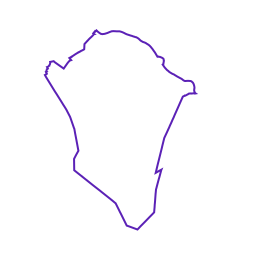 outline of Peel en Maas, Limburg, Netherlands, rotated 260°
{"feature_id": "6326949B67836908957420", "entity_name": "Peel en Maas", "entity_type": "district", "adm_level": 2, "iso_a3": "NLD", "parent_name": "Netherlands", "parent_adm1": "Limburg", "projection": "orthographic", "projection_center": [6.017, 51.331], "detail": "fine", "context": "isolated", "style": "outline", "palette": "violet", "viewbox_px": 256, "rotation_deg": 260, "n_neighbors": 0, "source": "geoboundaries", "source_scale": "gbopen_adm2", "svg_char_len": 4973}
<svg xmlns="http://www.w3.org/2000/svg" viewBox="0 0 256 256"><g transform="rotate(260 128 128)"><path d="M32.1,109.8L31.0,111.8L26.4,119.7L27.0,120.5L27.2,120.8L29.3,123.6L30.4,125.2L30.5,125.3L30.6,125.5L30.9,125.9L33.1,129.0L35.2,131.9L36.0,133.0L36.3,133.4L38.7,136.8L40.4,139.1L41.3,139.3L41.5,139.4L43.1,139.8L45.3,140.4L48.2,141.1L49.2,141.4L50.7,141.8L56.6,143.3L57.5,143.5L58.1,143.7L58.3,143.7L58.5,143.8L59.0,143.9L59.6,144.1L62.6,144.9L64.0,145.6L64.4,145.8L64.7,145.9L67.3,147.1L68.4,147.6L73.3,149.9L73.4,150.0L74.0,150.3L76.8,151.6L80.7,153.4L81.2,153.7L80.4,151.3L79.2,148.1L79.0,147.5L87.3,151.1L90.2,152.4L103.7,158.4L103.8,158.4L111.9,162.0L117.3,165.8L120.1,167.7L121.5,168.7L122.8,169.5L125.5,171.4L128.7,173.5L128.8,173.6L130.8,175.0L132.1,175.8L139.8,181.0L144.0,183.8L149.3,187.4L149.4,187.5L149.7,188.5L149.9,189.2L149.9,189.3L149.9,189.5L150.0,189.6L149.9,189.7L150.0,189.9L150.0,190.2L150.1,190.7L150.2,191.0L150.3,191.4L150.4,191.6L150.7,192.4L150.8,192.9L150.9,193.1L151.0,193.3L151.2,193.7L151.2,193.9L151.3,194.0L151.3,194.3L151.2,194.8L151.2,195.1L151.2,195.3L151.1,195.6L151.1,195.9L151.0,196.0L150.9,196.3L150.9,196.5L150.9,197.0L150.8,197.6L150.8,197.8L150.8,198.3L150.8,198.6L150.7,198.8L150.6,199.0L150.4,199.5L150.3,199.8L150.3,200.2L150.3,200.6L150.5,200.4L150.8,200.2L151.3,200.0L152.0,199.8L152.4,199.7L152.8,199.7L153.5,199.7L153.9,199.7L154.1,199.8L154.6,200.0L155.2,200.1L155.5,200.3L155.9,200.4L156.6,200.5L157.1,200.5L157.5,200.5L158.0,200.5L159.1,200.4L159.5,200.3L160.2,200.2L160.8,200.0L161.0,199.9L161.5,199.7L162.6,198.8L162.8,198.7L163.3,198.0L163.5,197.4L163.7,196.6L163.9,195.8L164.1,194.8L164.3,192.8L164.4,192.2L164.9,191.4L165.4,190.8L166.0,190.3L166.8,189.6L167.5,188.8L168.4,187.6L168.9,187.0L169.6,186.1L170.0,185.6L170.5,185.0L171.5,183.9L171.8,183.5L172.7,182.6L172.9,182.3L173.6,181.2L173.8,180.9L174.2,180.5L175.1,179.4L175.6,178.9L176.0,178.4L177.3,177.5L177.8,176.9L178.9,176.1L180.5,175.1L181.3,174.6L182.2,174.2L182.4,174.1L184.4,173.2L184.7,173.9L184.9,174.0L185.1,173.9L185.5,174.1L185.9,174.2L186.2,174.4L186.8,174.6L187.1,174.7L187.4,174.8L187.8,175.0L188.0,174.9L188.2,175.0L188.5,175.0L188.9,175.0L189.4,175.0L189.7,175.0L189.9,174.9L190.2,174.8L190.4,174.6L190.8,174.2L191.2,173.8L191.3,173.6L191.6,173.2L191.8,172.9L192.0,172.6L192.4,171.9L192.5,171.8L192.5,171.6L192.6,171.4L192.7,171.2L192.8,170.8L192.8,170.7L192.9,170.4L193.0,170.3L193.2,170.1L193.1,169.4L197.8,167.6L199.8,166.6L200.3,166.4L202.0,165.6L202.6,165.2L203.6,164.7L205.0,163.8L205.8,163.2L207.0,162.0L208.0,160.8L208.3,160.6L209.2,159.4L209.6,158.7L209.8,158.3L210.3,157.4L210.7,157.0L211.2,156.4L211.5,156.0L212.4,155.2L213.7,154.3L214.8,153.3L215.2,152.8L215.9,152.0L216.3,150.9L216.8,150.2L217.0,149.6L217.3,149.1L217.5,148.7L218.0,147.9L218.3,147.3L218.5,146.8L219.1,145.7L219.9,144.2L220.2,143.6L220.8,142.6L221.3,141.9L221.4,141.7L221.8,141.3L222.3,140.6L223.0,139.6L223.5,138.8L224.1,137.7L224.7,136.4L225.2,133.5L225.6,131.9L225.9,130.5L226.0,129.7L226.0,129.3L226.1,129.1L226.1,128.9L225.9,127.7L225.7,126.6L225.4,125.3L225.2,124.5L225.2,124.4L225.1,124.1L225.1,123.9L225.0,122.9L224.9,122.6L224.9,122.0L224.8,121.7L224.8,121.4L224.8,120.4L224.9,119.7L224.9,119.3L224.9,118.9L225.0,118.7L225.3,118.0L225.4,117.9L225.5,117.5L226.5,116.5L227.4,115.6L228.6,114.6L229.6,113.9L228.7,112.7L229.1,112.4L228.4,111.6L228.0,111.1L227.2,110.2L227.1,110.3L226.4,111.0L226.4,110.9L225.6,109.9L225.2,109.4L223.9,107.5L223.1,106.2L222.6,105.5L222.0,104.6L221.3,103.8L221.0,103.3L220.7,103.0L220.7,102.9L220.4,102.5L220.1,102.1L219.8,101.8L219.0,100.7L218.3,99.8L218.2,99.7L217.4,99.5L214.6,98.9L213.1,98.5L212.5,96.8L212.3,96.1L212.2,95.5L211.8,94.4L211.7,94.4L211.3,93.2L211.0,92.3L211.1,92.2L210.9,91.9L210.9,91.7L210.7,91.3L209.8,89.0L208.9,87.0L208.3,85.6L208.2,85.5L207.9,85.1L207.7,84.6L207.9,84.5L207.7,84.1L207.1,82.4L204.7,83.8L204.5,82.4L203.7,81.2L202.3,79.6L197.7,75.0L205.5,67.3L206.7,66.4L206.6,63.6L206.6,63.3L206.6,62.8L206.4,62.8L206.0,62.8L205.9,62.8L205.6,62.7L204.9,62.4L204.6,62.3L204.4,62.2L204.1,62.0L203.9,61.8L203.7,61.6L203.3,61.3L203.2,61.3L203.2,61.2L203.0,60.9L202.8,60.8L202.7,60.6L202.6,60.4L202.4,60.1L202.3,59.9L202.2,59.7L202.1,59.4L202.0,59.1L202.0,58.9L201.7,59.0L200.4,59.4L200.0,58.4L199.9,58.4L199.7,58.3L199.6,58.2L199.3,58.0L199.2,57.9L198.9,57.7L198.7,57.7L198.4,57.6L198.2,57.6L197.8,57.5L197.7,57.6L197.5,56.9L196.3,57.2L196.0,57.4L195.5,57.5L195.3,57.1L195.1,56.6L194.9,56.2L194.7,55.8L194.6,55.4L192.5,56.1L176.8,62.3L173.3,63.8L171.8,64.4L163.4,67.8L162.6,68.1L159.0,69.6L156.7,70.5L155.7,70.8L149.0,72.9L148.3,73.0L147.9,73.1L138.5,74.6L137.7,74.7L136.9,74.9L136.5,75.0L136.0,75.0L133.2,75.0L132.9,75.0L132.2,75.0L125.2,75.1L114.2,75.2L110.6,72.3L107.6,70.0L106.9,69.5L95.7,67.7L77.7,83.6L70.5,90.1L70.1,90.4L67.4,92.8L59.0,100.2L57.2,101.7L57.1,101.8L56.6,102.2L56.1,102.7L54.5,103.2L48.4,105.0L46.6,105.5L45.1,106.0L32.1,109.8Z" fill="none" stroke="#5b21b6" stroke-width="2"/></g></svg>